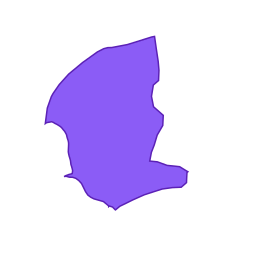 Hwangju, Hwanghae-bukto, North Korea, rotated 319°
{"feature_id": "82179303B1056018992840", "entity_name": "Hwangju", "entity_type": "district", "adm_level": 2, "iso_a3": "PRK", "parent_name": "North Korea", "parent_adm1": "Hwanghae-bukto", "projection": "mercator", "projection_center": [125.698, 38.725], "detail": "fine", "context": "isolated", "style": "filled", "palette": "violet", "viewbox_px": 256, "rotation_deg": 319, "n_neighbors": 0, "source": "geoboundaries", "source_scale": "gbopen_adm2", "svg_char_len": 1293}
<svg xmlns="http://www.w3.org/2000/svg" viewBox="0 0 256 256"><g transform="rotate(319 128 128)"><path d="M68.5,70.4L69.9,70.5L71.0,71.1L72.0,71.7L73.1,72.4L74.4,73.1L75.2,74.5L75.9,76.7L76.7,78.5L77.2,80.1L77.7,81.7L78.0,83.1L78.1,85.0L78.0,86.7L78.0,88.9L77.7,90.5L77.2,92.7L76.2,94.5L75.3,96.4L74.5,98.4L73.4,100.2L72.5,101.3L71.0,102.9L69.0,105.0L67.3,106.8L66.2,108.6L65.1,110.7L64.0,113.2L63.1,115.0L61.0,118.1L60.2,120.0L59.2,122.1L58.2,123.9L56.0,125.8L54.6,125.2L52.9,124.3L51.7,123.9L50.0,123.2L47.9,122.7L49.6,123.8L51.5,126.7L53.9,128.9L55.6,131.8L56.4,135.4L56.5,139.4L55.1,144.8L54.2,148.1L53.7,152.3L54.5,155.9L55.8,159.1L61.2,167.4L62.3,174.1L61.9,174.6L62.7,174.6L64.5,177.5L64.7,181.3L64.8,181.6L70.5,181.7L77.5,183.6L84.4,185.4L96.5,189.1L105.2,192.8L113.8,196.5L122.4,202.1L129.3,207.6L136.3,207.6L139.8,203.9L143.3,200.3L144.5,200.3L143.3,196.6L141.6,191.1L138.2,187.4L133.0,181.9L127.9,172.7L122.7,167.2L129.7,161.7L136.7,158.0L145.4,152.5L155.9,148.9L162.9,141.6L161.2,128.7L166.5,119.5L175.3,112.2L182.2,112.2L189.2,104.8L194.5,97.5L201.5,86.5L208.1,76.3L205.5,74.8L203.2,73.8L182.2,64.6L168.5,56.6L165.5,54.1L161.7,52.2L154.8,50.5L136.6,48.8L118.6,48.4L104.7,50.1L94.1,52.8L90.6,54.1L80.2,60.0L68.5,70.4Z" fill="#8b5cf6" stroke="#5b21b6" stroke-width="1.5"/></g></svg>